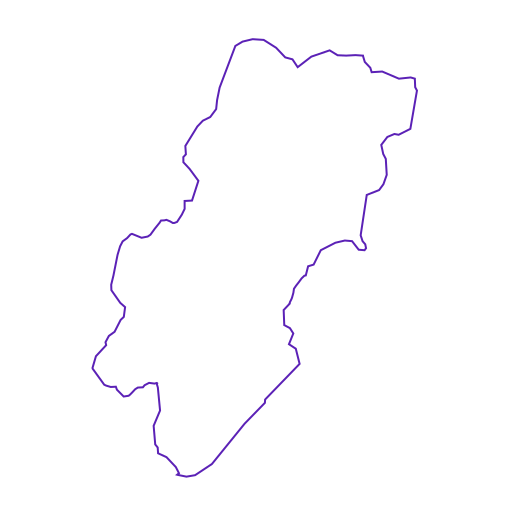 outline of Fria, Fria, Guinea, rotated 177°
{"feature_id": "49546643B99930178329351", "entity_name": "Fria", "entity_type": "district", "adm_level": 2, "iso_a3": "GIN", "parent_name": "Guinea", "parent_adm1": "Fria", "projection": "robinson", "projection_center": [-13.565, 10.528], "detail": "fine", "context": "isolated", "style": "outline", "palette": "violet", "viewbox_px": 512, "rotation_deg": 177, "n_neighbors": 0, "source": "geoboundaries", "source_scale": "gbopen_adm2", "svg_char_len": 1984}
<svg xmlns="http://www.w3.org/2000/svg" viewBox="0 0 512 512"><g transform="rotate(177 256 256)"><path d="M138.7,450.5L146.1,451.4L155.4,451.4L164.0,452.2L171.7,457.5L190.3,452.2L204.5,442.4L209.3,450.5L216.4,452.8L225.0,462.9L237.0,471.4L248.0,472.7L258.2,470.8L265.6,466.9L283.5,426.1L286.7,413.7L288.1,404.8L294.4,397.2L302.0,393.9L307.8,388.4L320.8,369.6L320.7,361.2L323.4,358.6L323.6,353.4L317.8,346.5L309.6,334.1L317.0,314.7L324.4,314.7L324.8,306.8L327.9,301.2L333.0,294.2L335.7,293.3L337.3,293.3L340.0,295.1L343.6,296.8L345.5,296.4L349.0,296.4L350.6,294.2L355.7,288.5L360.3,282.8L363.1,281.1L369.3,280.2L378.7,284.6L380.2,284.1L383.8,280.6L388.4,277.6L391.2,272.8L394.2,264.4L394.3,264.0L399.4,243.9L402.1,234.9L402.2,229.4L394.0,216.3L389.4,211.8L391.2,202.1L394.5,199.3L401.2,187.7L407.1,183.9L410.8,177.8L410.3,174.8L421.1,164.3L425.4,152.0L425.3,152.3L425.2,152.3L414.3,135.4L412.4,134.4L407.9,132.8L402.8,132.8L401.9,129.8L395.5,122.6L390.5,123.1L389.1,124.1L386.8,126.2L383.6,129.3L380.9,130.8L375.8,130.8L374.0,132.8L369.4,134.9L364.0,133.9L361.7,134.4L361.4,134.1L361.8,133.6L360.9,129.8L359.9,106.7L367.1,91.8L366.5,73.1L364.2,69.9L364.1,64.1L355.9,59.8L347.1,49.4L344.3,43.1L346.2,41.7L345.6,41.5L337.0,39.3L328.3,40.3L310.9,50.6L276.1,89.2L254.8,108.9L254.4,112.2L218.1,146.0L221.1,161.3L227.7,166.2L222.8,176.7L225.9,182.2L231.4,185.5L231.2,200.6L224.9,206.6L225.0,206.8L224.9,206.9L224.5,208.2L223.0,210.8L222.2,212.5L220.6,217.3L219.8,221.3L217.5,224.3L214.8,227.4L211.6,231.3L208.7,233.8L207.3,234.0L204.5,243.0L198.9,244.4L191.0,258.4L176.0,265.1L166.5,266.8L159.3,265.8L153.1,256.9L147.3,256.1L145.7,258.0L146.3,262.0L148.8,265.2L150.4,271.2L142.2,311.2L129.6,315.4L125.0,321.0L121.2,330.2L121.3,346.2L123.6,351.2L125.1,360.4L118.6,368.0L111.4,370.6L107.2,369.6L95.2,374.9L86.6,412.8L88.2,416.2L88.1,424.8L92.2,426.2L104.0,425.6L120.3,433.6L130.9,433.5L132.0,438.0L137.2,444.1L138.7,450.2L138.7,450.5Z" fill="none" stroke="#5b21b6" stroke-width="2"/></g></svg>